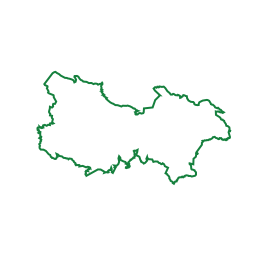 the district of Tulcingo, Puebla, Mexico, rotated 118°
{"feature_id": "50627088B42861355241506", "entity_name": "Tulcingo", "entity_type": "district", "adm_level": 2, "iso_a3": "MEX", "parent_name": "Mexico", "parent_adm1": "Puebla", "projection": "equal_earth", "projection_center": [-98.397, 17.976], "detail": "fine", "context": "isolated", "style": "outline", "palette": "green", "viewbox_px": 256, "rotation_deg": 118, "n_neighbors": 0, "source": "geoboundaries", "source_scale": "gbopen_adm2", "svg_char_len": 5853}
<svg xmlns="http://www.w3.org/2000/svg" viewBox="0 0 256 256"><g transform="rotate(118 128 128)"><path d="M112.5,218.4L113.3,219.3L115.0,220.3L128.5,222.5L129.1,221.5L128.9,218.8L129.5,218.3L131.0,218.3L132.9,215.4L134.3,215.2L134.5,213.8L134.0,209.2L134.6,208.6L135.7,208.0L138.4,203.8L141.0,203.8L141.8,205.3L142.9,205.1L144.2,204.2L145.6,204.7L145.9,206.9L147.4,206.2L150.4,205.5L151.3,204.9L152.1,203.2L153.5,202.8L152.9,200.8L154.4,200.3L154.9,199.8L155.4,198.5L158.6,197.7L158.9,196.0L159.7,196.7L160.4,198.9L161.5,198.9L162.1,198.4L162.7,200.1L164.2,200.8L164.3,202.9L164.9,203.3L165.3,204.1L165.6,204.2L167.1,203.1L167.3,203.8L168.0,203.6L168.1,204.8L168.7,204.7L168.8,205.4L168.4,206.8L169.1,206.3L169.9,207.8L170.6,207.9L171.9,207.1L171.5,206.1L172.1,205.4L172.5,205.6L172.7,203.8L174.4,204.8L174.5,204.4L173.9,203.0L176.1,201.8L176.5,200.4L177.1,200.3L177.9,201.4L178.6,201.6L178.8,199.6L179.1,199.0L180.0,199.2L180.4,198.7L181.4,199.0L182.3,198.3L183.9,198.8L185.1,197.3L186.2,197.3L187.4,196.4L188.0,194.9L186.8,192.4L186.8,189.7L188.4,185.7L188.4,184.0L189.7,182.6L189.6,181.7L190.1,181.0L189.7,180.3L189.7,178.2L189.3,177.4L188.7,177.0L187.4,177.3L186.5,176.7L184.4,178.9L184.3,177.3L184.9,175.4L184.1,173.0L184.6,170.9L183.9,169.2L183.9,168.2L183.6,168.0L183.2,166.6L183.6,165.9L182.4,165.3L181.7,163.2L182.5,162.0L182.7,160.4L183.4,159.7L183.7,158.0L184.8,157.4L184.6,156.7L185.2,156.4L183.6,153.8L183.7,153.3L184.8,152.9L182.7,150.2L182.4,146.6L181.3,145.6L180.8,144.3L180.8,142.8L181.4,142.3L181.4,143.5L182.3,143.5L182.8,143.1L183.5,144.1L184.5,143.9L184.9,143.2L185.4,144.9L186.5,145.0L187.6,143.8L188.5,144.0L189.0,143.7L189.3,143.1L189.2,142.5L189.6,142.2L178.7,135.1L177.5,132.6L177.7,128.0L178.7,127.9L177.3,126.6L176.8,125.1L176.4,125.3L176.0,124.5L175.0,125.4L174.0,124.9L173.3,123.8L170.9,124.2L172.0,123.0L173.0,123.2L174.0,121.4L174.0,120.9L174.7,121.2L174.8,120.3L169.6,120.4L169.3,121.2L168.5,120.6L167.6,122.6L166.7,120.3L164.3,119.6L161.9,120.0L159.2,122.2L157.1,122.6L157.8,120.9L159.7,119.6L159.6,116.1L159.2,114.4L159.8,113.2L160.6,113.3L160.5,112.4L161.3,110.5L161.0,110.4L162.1,110.1L163.2,110.8L163.6,111.4L164.2,111.2L164.2,110.7L162.5,108.9L161.9,109.3L161.5,108.5L161.0,108.5L160.3,109.2L159.9,110.1L159.1,110.2L159.0,111.4L158.3,111.6L156.1,110.9L154.8,110.9L154.6,110.2L153.2,109.9L152.6,109.4L151.8,109.5L151.3,108.4L150.5,108.9L149.9,108.6L148.5,109.8L147.9,109.9L145.9,111.5L145.6,112.1L145.1,111.9L144.4,110.4L142.8,109.3L145.1,108.5L147.3,108.3L147.9,107.6L148.2,107.0L148.0,105.4L148.2,104.3L150.4,102.1L151.0,100.9L151.5,100.8L151.7,100.4L151.6,98.5L152.0,97.4L150.7,96.5L147.8,95.8L146.6,97.3L144.6,97.5L145.3,96.9L145.8,95.1L144.4,91.8L146.0,89.7L144.9,88.5L143.7,86.1L144.3,84.4L144.0,83.2L144.3,81.6L143.8,81.0L142.9,80.8L143.1,79.1L144.4,77.5L144.3,74.0L150.4,73.6L150.4,71.7L150.9,71.2L151.3,69.5L152.2,68.2L153.2,67.8L153.8,66.4L154.5,65.8L154.7,65.2L154.6,64.1L154.8,62.8L155.6,62.6L155.7,61.3L153.3,61.3L152.3,60.0L151.5,60.4L151.0,60.0L150.4,60.3L148.8,59.9L148.3,60.1L147.5,59.6L146.4,57.7L145.9,57.6L145.9,57.0L145.3,56.8L145.4,56.2L144.9,56.2L144.4,55.2L143.5,55.3L142.4,54.3L141.8,52.6L141.9,51.9L141.1,50.5L140.9,48.9L138.7,46.4L137.8,46.1L137.2,46.1L135.2,47.2L134.5,49.1L134.1,49.4L134.3,51.2L134.7,52.1L134.4,52.9L131.9,54.5L131.3,55.3L130.8,56.8L130.3,57.0L129.4,53.3L124.4,55.7L121.5,54.6L119.0,55.5L118.4,54.5L117.8,54.5L117.6,55.0L118.0,56.1L117.5,56.2L108.1,54.9L106.4,55.8L104.9,55.4L104.4,56.2L104.2,56.0L104.3,55.2L103.0,54.7L102.4,53.3L101.6,52.7L101.2,51.6L99.8,50.8L99.8,50.2L97.4,48.7L96.3,48.7L95.1,47.3L95.5,45.9L95.2,44.3L95.4,43.0L95.0,42.4L93.9,42.4L93.2,40.9L94.0,40.0L93.6,39.3L93.9,38.4L92.8,37.6L93.0,36.5L92.7,35.6L91.9,35.1L91.8,36.1L91.5,36.1L90.7,35.1L89.7,34.9L89.3,33.7L88.9,33.5L88.1,33.7L84.5,37.2L83.8,37.3L83.1,37.0L82.9,36.4L82.4,36.5L82.4,37.6L81.3,37.8L79.9,38.8L79.5,40.8L79.9,42.2L78.6,43.4L77.2,46.0L76.5,46.5L76.6,47.5L76.2,48.4L76.6,48.8L76.7,49.9L75.8,51.0L75.4,52.1L75.1,56.5L72.2,58.2L72.1,57.6L71.0,56.1L71.1,55.7L70.8,55.0L70.9,54.0L70.2,52.5L70.2,51.4L69.2,50.8L69.1,53.0L68.4,54.5L68.6,55.2L67.9,58.0L68.6,58.3L68.9,60.7L68.1,61.9L67.6,64.1L68.0,65.0L68.0,66.0L67.5,66.4L65.9,69.1L65.9,70.7L66.2,71.6L68.7,74.9L70.9,76.5L71.9,77.1L73.5,76.9L74.5,76.4L75.2,77.4L75.9,79.5L75.7,80.7L74.8,81.4L74.4,82.5L75.4,84.9L75.3,87.7L74.6,88.5L74.3,89.5L72.3,91.0L72.7,92.1L72.6,93.3L73.0,94.6L74.4,94.6L74.9,94.8L75.2,95.4L76.3,95.5L76.9,96.1L75.3,97.2L75.2,98.8L75.5,99.1L75.4,99.6L76.0,99.8L76.7,101.5L76.5,103.6L76.7,104.2L77.8,104.7L78.4,106.0L77.6,107.6L77.0,110.5L75.2,113.9L74.7,115.9L75.8,117.3L76.6,119.8L77.4,119.7L77.8,120.1L77.8,121.5L79.0,121.7L79.2,123.2L81.1,123.9L82.3,121.8L84.1,115.1L84.4,115.7L85.5,115.5L90.6,117.1L98.3,115.9L103.2,123.1L106.8,121.5L107.7,121.5L108.9,122.8L109.2,124.6L110.1,125.5L111.5,125.9L112.4,127.3L112.3,127.9L111.9,128.2L111.2,128.1L110.7,129.2L108.2,127.2L108.4,128.3L108.2,128.5L108.6,129.2L108.1,130.0L107.7,131.3L108.2,132.4L107.9,133.7L107.9,136.3L108.4,138.9L109.2,139.8L110.8,143.1L112.1,143.9L112.7,147.8L113.7,149.9L113.5,152.6L113.7,153.2L113.7,155.6L113.0,159.0L112.4,161.1L111.4,160.8L111.3,163.7L110.6,164.0L110.8,164.4L110.1,164.5L110.5,165.6L109.8,165.3L109.5,165.7L109.5,166.7L108.8,167.4L108.8,167.8L107.7,167.8L107.9,169.0L107.2,168.7L106.6,169.4L106.3,169.2L106.3,170.0L105.1,170.1L103.7,171.4L102.9,171.6L101.6,171.1L100.4,171.7L100.2,172.1L101.4,172.3L102.2,173.5L103.8,174.8L103.5,175.8L103.8,177.0L104.4,178.2L105.4,179.0L105.4,181.4L106.7,183.6L106.7,186.2L108.0,189.3L107.6,190.5L107.7,192.4L107.1,194.1L106.0,195.9L106.0,197.5L107.2,199.5L108.1,199.3L108.5,198.2L109.8,196.5L111.8,196.0L112.9,196.8L111.5,198.4L111.5,200.4L112.0,203.0L112.5,204.5L112.5,205.5L113.3,207.2L113.3,212.1L112.8,214.0L112.8,216.7L112.5,218.4Z" fill="none" stroke="#15803d" stroke-width="2"/></g></svg>